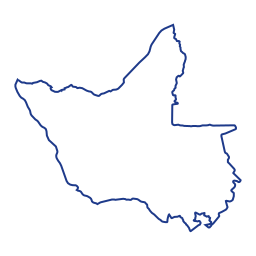 SVG path tracing the border of Matabeleland North
{"feature_id": "ZWE-526", "entity_name": "Matabeleland North", "entity_type": "Province", "adm_level": 1, "iso_a3": "ZWE", "parent_name": "Zimbabwe", "parent_adm1": "", "projection": "mercator", "projection_center": [27.816, -18.601], "detail": "fine", "context": "isolated", "style": "outline", "palette": "blue", "viewbox_px": 256, "rotation_deg": 0, "n_neighbors": 0, "source": "natural_earth", "source_scale": "10m", "svg_char_len": 5821}
<svg xmlns="http://www.w3.org/2000/svg" viewBox="0 0 256 256"><path d="M57.4,151.2L55.9,146.5L48.9,140.1L46.9,135.6L46.5,131.3L45.9,129.2L44.5,127.9L42.3,126.8L40.7,125.4L38.0,121.5L37.2,120.7L35.3,119.4L31.6,115.5L30.9,114.3L30.6,113.5L30.1,111.0L29.6,109.8L27.8,106.8L26.0,102.3L24.8,100.1L23.1,98.7L21.2,97.6L19.7,95.9L17.4,91.9L15.7,87.8L15.4,86.4L15.4,84.7L17.6,79.7L18.0,80.1L19.1,80.6L20.8,81.9L21.9,82.5L22.4,82.5L24.2,82.5L26.1,83.2L26.7,83.3L30.9,83.3L32.1,83.7L32.4,83.6L32.9,83.0L33.2,82.9L37.0,82.2L40.0,80.9L41.4,80.7L42.8,81.8L44.9,82.4L46.1,83.0L47.2,83.7L48.3,85.2L50.8,86.3L51.6,87.3L50.7,87.7L50.6,88.5L51.0,89.5L51.6,90.2L55.0,91.8L57.4,91.9L58.1,91.8L61.2,90.2L61.6,90.6L61.9,89.9L62.8,89.7L63.8,89.6L64.6,89.4L64.6,88.2L65.9,87.8L66.9,87.3L68.2,87.0L70.7,85.2L71.2,84.9L71.7,85.1L72.7,86.5L73.2,86.7L75.8,87.0L76.4,87.3L77.2,88.0L77.6,88.1L79.7,87.7L82.3,88.2L86.6,90.6L88.9,91.4L90.4,91.6L91.4,92.0L93.7,94.3L94.7,94.8L97.8,95.8L98.7,95.9L99.3,95.7L100.9,94.2L101.7,93.8L102.6,93.6L103.9,93.4L109.2,90.9L110.6,91.4L112.6,90.0L113.2,89.8L115.9,89.6L116.7,89.4L118.3,88.6L122.0,84.9L123.9,82.5L123.7,79.7L123.8,79.1L124.4,78.2L139.3,62.6L145.0,57.3L148.0,54.2L149.5,51.3L150.7,46.6L151.6,44.5L159.3,32.9L161.5,30.5L164.4,28.7L173.1,24.9L174.2,29.7L173.6,32.8L173.8,33.1L174.7,33.6L175.1,33.9L175.1,34.5L174.4,36.5L174.2,37.6L174.3,38.1L174.9,38.6L175.7,38.9L176.0,39.2L176.7,40.6L176.9,41.0L177.3,41.1L178.6,41.0L179.2,41.2L179.6,41.6L179.3,43.1L179.6,43.9L180.1,44.8L180.0,45.4L179.8,46.0L179.8,46.3L180.5,47.5L180.5,49.0L181.0,51.1L181.3,51.4L182.4,52.3L182.9,52.9L183.5,53.3L184.4,53.7L184.8,54.1L185.0,54.4L185.7,57.0L185.6,59.2L185.0,60.9L184.9,61.6L184.5,62.4L183.7,64.7L183.9,67.2L183.4,68.3L183.1,69.7L182.8,70.6L182.8,71.1L183.2,72.4L183.1,73.2L181.5,74.9L180.1,76.3L179.8,76.4L179.6,76.3L179.2,75.9L178.7,75.8L178.2,76.0L176.7,77.3L176.1,79.3L176.1,79.7L176.7,82.5L176.7,83.0L176.7,83.4L176.0,84.8L175.5,86.0L175.5,86.8L175.6,87.4L175.5,87.7L175.4,88.0L174.9,88.3L174.5,88.7L174.2,89.7L174.0,90.3L172.7,91.4L172.3,92.0L172.3,92.6L172.8,94.4L173.1,95.1L173.7,95.4L174.0,95.4L174.9,95.2L175.2,95.3L175.5,95.5L175.6,95.9L175.5,97.1L175.6,97.8L175.9,98.6L176.0,99.3L175.7,99.9L174.7,100.8L174.6,101.1L174.6,101.5L174.9,101.8L175.5,102.3L177.1,102.7L177.4,102.8L177.7,103.1L177.8,103.5L177.7,103.7L177.4,103.8L174.4,104.2L172.8,104.5L172.5,104.7L172.3,105.0L172.1,122.4L172.4,124.0L173.5,124.9L174.2,125.1L175.0,125.1L178.3,124.7L180.2,125.4L182.5,125.5L184.3,125.9L189.9,126.1L191.0,126.3L192.9,126.0L195.8,126.0L197.7,126.2L200.0,126.1L202.6,125.4L206.2,125.4L208.1,125.2L209.6,124.7L210.3,124.8L211.2,125.2L213.0,125.6L234.1,125.3L234.6,125.4L235.0,125.7L235.8,127.1L236.0,127.8L236.0,128.3L235.8,129.0L235.3,129.3L225.4,133.5L222.3,134.3L221.8,134.5L221.4,135.1L221.4,136.2L224.7,151.2L224.9,151.9L225.2,152.6L225.6,153.0L226.7,153.5L227.1,153.9L228.8,156.6L229.0,157.1L228.8,158.4L227.9,159.7L227.9,162.1L228.5,162.8L229.1,163.3L234.2,168.9L234.5,169.4L234.7,169.8L234.7,170.5L234.5,171.0L233.3,173.0L233.6,173.4L240.6,180.2L240.2,181.3L239.9,181.6L239.3,182.0L238.9,182.1L238.4,182.0L237.2,181.2L236.6,181.0L234.4,180.6L233.7,180.8L233.4,181.0L233.2,181.3L233.2,182.0L233.4,182.4L234.9,184.0L235.1,184.5L235.2,185.0L234.9,186.4L234.6,186.9L234.2,187.5L231.7,189.7L231.3,190.3L231.4,190.8L231.7,191.1L232.4,191.9L233.6,192.8L233.8,193.2L233.8,196.2L232.8,199.6L232.5,200.1L231.2,201.0L230.4,201.3L229.8,201.5L226.4,200.8L226.1,200.9L225.9,201.0L226.0,201.8L227.0,205.5L227.5,207.0L227.4,207.5L226.4,209.1L225.8,209.7L221.8,211.9L219.1,213.1L218.8,213.8L218.8,214.6L219.2,215.8L219.2,216.1L219.0,216.5L213.5,223.2L212.4,224.2L211.5,224.9L211.1,225.8L209.6,227.4L208.9,227.5L208.4,227.4L205.5,225.0L209.3,224.2L210.2,223.8L210.6,223.5L211.1,222.8L211.2,222.1L211.1,221.9L209.8,220.9L209.4,220.4L209.5,219.9L210.0,218.6L210.1,217.9L209.9,217.7L209.2,217.5L209.0,217.2L208.8,216.3L208.6,216.1L208.2,216.1L207.4,216.5L206.6,216.6L205.4,215.8L204.4,215.5L204.2,215.3L204.2,215.0L204.3,214.1L204.5,213.3L204.5,213.1L204.3,213.0L204.0,213.1L202.9,213.4L201.6,213.6L200.2,214.6L199.8,214.6L199.2,214.4L196.0,212.7L195.4,212.6L195.2,212.8L195.1,213.1L195.2,213.8L195.7,216.0L195.7,216.5L195.3,217.8L195.3,218.9L195.1,219.3L194.0,220.0L193.8,220.3L193.8,220.5L194.1,220.8L194.8,221.0L196.4,221.1L197.3,221.4L198.0,221.3L198.7,221.0L199.1,221.0L199.6,221.1L200.0,221.8L200.5,222.4L200.6,223.0L199.9,224.6L198.5,225.2L190.9,231.0L190.5,231.1L190.2,230.8L189.6,229.6L189.1,228.1L188.3,226.9L187.7,226.2L187.3,225.4L186.3,224.7L186.0,224.2L185.8,223.6L184.6,222.7L183.5,221.4L183.3,221.1L183.2,220.1L182.7,219.4L182.3,218.2L181.8,217.8L180.7,217.3L180.4,217.1L180.1,216.2L179.8,215.9L179.4,215.9L177.5,216.7L174.5,216.9L171.9,218.1L171.7,218.1L171.4,218.0L169.4,214.9L169.1,214.5L168.9,214.7L168.6,215.2L167.9,217.6L167.5,219.5L167.4,221.2L167.3,221.8L167.0,222.1L165.2,222.1L162.9,221.7L162.1,221.4L161.5,221.0L160.6,220.0L159.3,219.3L158.4,218.6L154.2,214.5L151.8,212.8L149.9,210.6L148.8,208.8L147.7,207.8L147.4,207.2L147.1,204.7L146.7,204.2L146.0,203.7L145.1,202.5L144.0,202.1L142.5,201.9L141.2,201.6L140.4,201.2L138.5,199.8L137.4,199.2L136.3,199.0L133.3,198.6L132.4,198.7L131.2,199.7L130.3,199.9L128.4,199.6L127.5,199.6L126.9,199.7L126.2,199.6L125.3,199.1L123.2,198.8L115.3,199.8L114.1,199.5L112.1,199.5L101.1,202.2L100.2,202.5L97.4,204.1L96.4,203.4L93.8,202.7L92.8,202.2L92.0,201.4L91.6,200.1L91.1,198.9L90.2,197.9L87.9,196.5L86.8,196.0L84.6,195.5L83.6,195.1L82.5,194.1L80.9,191.7L79.7,191.0L78.0,190.7L76.8,190.0L76.9,189.9L77.2,189.7L77.6,189.0L78.0,187.7L77.9,187.2L76.9,186.0L76.3,185.6L75.7,185.3L72.7,185.2L70.2,184.6L68.0,183.2L66.6,181.0L61.2,165.7L59.9,163.1L58.2,160.8L56.8,158.4L56.4,157.3L56.2,155.9L56.4,154.7L57.3,152.5L57.4,151.2Z" fill="none" stroke="#1e3a8a" stroke-width="2"/></svg>